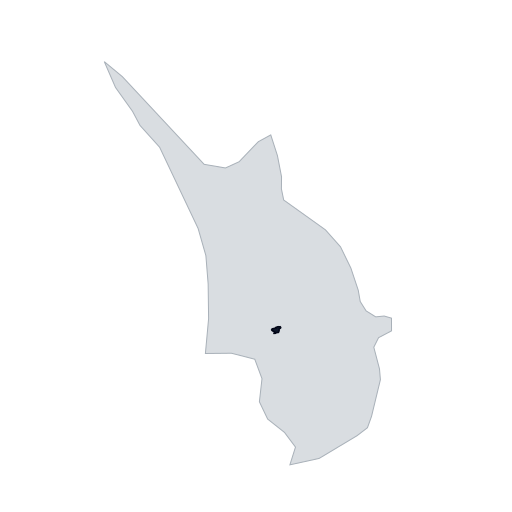 Vyzakia, Nicosia, Cyprus shown in context, rotated 263°
{"feature_id": "46923920B13954431934634", "entity_name": "Vyzakia", "entity_type": "district", "adm_level": 2, "iso_a3": "CYP", "parent_name": "Cyprus", "parent_adm1": "Nicosia", "projection": "albers", "projection_center": [33.022, 35.072], "detail": "fine", "context": "in_parent", "style": "filled", "palette": "ink", "viewbox_px": 512, "rotation_deg": 263, "n_neighbors": 0, "source": "geoboundaries", "source_scale": "gbopen_adm2", "svg_char_len": 1341}
<svg xmlns="http://www.w3.org/2000/svg" viewBox="0 0 512 512"><g transform="rotate(263 256 256)"><path d="M369.2,272.3L374.4,285.4L353.0,289.5L331.5,291.0L319.5,289.4L308.2,290.3L273.5,328.1L254.8,341.0L232.4,348.7L209.6,353.3L198.1,353.9L188.1,358.6L181.0,367.4L180.8,375.9L177.8,382.9L165.2,381.4L160.0,367.7L151.1,361.8L128.9,364.8L118.1,364.4L82.7,351.1L72.0,345.7L65.4,334.5L47.4,294.0L44.6,264.2L61.5,271.9L77.4,262.8L92.7,247.7L110.9,241.6L122.2,244.3L133.5,247.0L153.7,242.2L162.5,219.7L165.4,193.9L199.5,201.3L234.1,205.1L262.5,206.3L290.4,201.9L375.7,173.6L399.7,156.8L414.6,151.1L440.4,137.1L467.4,129.1L450.3,145.2L353.3,215.7L347.1,236.4L351.6,250.7L365.6,267.8L369.2,272.3Z" fill="#d9dde1" stroke="#a8b0b8" stroke-width="1"/><path d="M180.8,262.5L180.1,262.8L180.0,263.3L179.1,263.8L178.8,264.6L178.5,265.3L177.9,265.0L177.5,264.8L177.0,264.5L176.9,265.1L176.9,266.0L177.4,266.2L177.5,266.7L177.3,267.4L177.5,268.0L177.4,268.9L178.0,269.4L179.0,269.8L179.7,270.0L180.3,270.0L180.8,270.0L181.0,270.5L181.2,271.1L181.4,271.5L181.8,271.8L182.2,271.8L182.9,271.4L182.9,271.0L182.9,270.6L183.1,269.9L183.1,269.2L183.1,268.5L182.9,268.0L182.7,267.1L182.1,267.3L182.1,266.7L182.0,265.8L182.0,265.4L181.9,264.8L181.8,264.2L181.8,263.5L181.6,263.0L181.2,262.8L180.8,262.5Z" fill="#0f172a" stroke="#020617" stroke-width="1.5"/></g></svg>